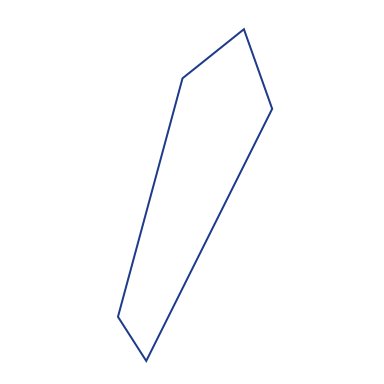 outline of Anguilla, rotated 315°
{"feature_id": "AIA", "entity_name": "Anguilla", "entity_type": "country or territory", "adm_level": 0, "iso_a3": "AIA", "parent_name": "North America", "parent_adm1": "", "projection": "orthographic", "projection_center": [-63.054, 18.221], "detail": "fine", "context": "isolated", "style": "outline", "palette": "blue", "viewbox_px": 384, "rotation_deg": 315, "n_neighbors": 0, "source": "natural_earth", "source_scale": "50m", "svg_char_len": 236}
<svg xmlns="http://www.w3.org/2000/svg" viewBox="0 0 384 384"><g transform="rotate(315 192 192)"><path d="M307.5,189.9L40.2,279.1L51.4,227.9L265.7,104.9L343.8,113.6L307.5,189.9Z" fill="none" stroke="#1e3a8a" stroke-width="2"/></g></svg>